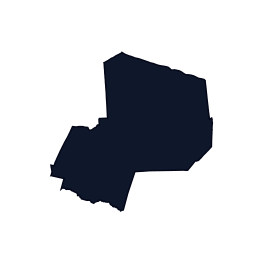 Slobozia Moara, Dâmbovita, Romania, rotated 150°
{"feature_id": "2599482B79511896653276", "entity_name": "Slobozia Moara", "entity_type": "district", "adm_level": 2, "iso_a3": "ROU", "parent_name": "Romania", "parent_adm1": "Dâmbovita", "projection": "albers", "projection_center": [25.731, 44.595], "detail": "fine", "context": "isolated", "style": "filled", "palette": "ink", "viewbox_px": 256, "rotation_deg": 150, "n_neighbors": 0, "source": "geoboundaries", "source_scale": "gbopen_adm2", "svg_char_len": 4950}
<svg xmlns="http://www.w3.org/2000/svg" viewBox="0 0 256 256"><g transform="rotate(150 128 128)"><path d="M95.5,196.5L95.7,196.4L96.2,196.2L97.2,196.2L99.2,196.3L102.3,196.5L106.0,196.3L107.2,196.6L108.2,196.6L109.3,196.5L110.7,196.4L111.3,196.3L112.8,196.4L115.6,196.4L116.2,196.5L116.3,196.1L116.3,195.9L118.2,192.1L118.3,191.9L118.8,190.8L119.0,190.3L120.7,187.0L122.0,184.2L122.2,183.8L122.3,183.7L122.5,183.4L122.9,182.3L123.9,180.3L125.1,178.0L125.3,177.5L125.8,176.4L125.9,176.2L127.0,174.0L127.1,173.8L127.2,173.6L128.1,171.7L128.5,170.8L128.9,170.0L129.9,168.0L130.5,166.9L131.2,165.6L131.8,164.4L132.2,163.6L132.3,163.4L132.4,163.2L133.2,161.5L133.8,160.4L134.6,158.7L135.5,157.0L136.0,156.0L136.1,155.9L136.8,154.5L137.4,153.3L137.8,152.5L138.1,152.0L138.1,151.8L138.9,150.4L139.4,149.5L139.7,148.9L139.8,148.7L139.9,148.4L140.0,148.2L140.6,146.6L148.1,150.5L148.4,150.2L148.8,150.0L150.8,146.0L150.8,145.9L150.9,145.7L151.1,145.3L151.2,145.2L151.3,145.0L151.6,145.1L151.9,145.3L152.4,145.6L153.0,145.8L153.3,145.7L153.7,145.5L154.3,145.1L154.6,144.9L155.0,144.7L155.3,144.6L155.5,144.5L156.0,144.7L156.4,144.8L156.8,144.8L159.3,144.6L160.1,144.5L160.6,144.5L161.1,144.6L161.4,144.8L161.9,145.0L162.4,145.4L162.5,145.5L162.8,146.0L162.8,146.7L162.7,147.4L162.6,147.9L162.6,148.3L162.6,148.6L163.2,149.0L164.3,149.8L165.4,150.6L165.7,151.0L166.4,151.7L166.7,151.9L167.1,152.2L168.4,152.9L169.2,153.4L169.9,153.8L170.4,154.0L171.2,154.3L172.1,154.6L172.7,155.0L173.2,155.4L173.7,155.7L175.0,156.7L175.3,156.9L176.1,156.4L176.7,155.9L179.2,154.1L181.0,152.8L181.7,152.4L183.1,151.4L184.8,150.3L186.8,149.1L190.0,147.2L192.7,145.4L194.9,144.0L195.3,143.7L196.3,143.0L198.2,141.8L202.1,139.0L204.7,137.2L206.5,135.8L208.2,134.7L208.7,134.2L209.5,133.5L210.3,132.8L211.0,132.2L213.2,134.2L213.3,134.3L213.9,132.8L215.5,128.3L215.7,128.0L217.6,126.0L218.5,125.3L218.3,125.2L217.9,124.8L217.8,124.7L208.6,116.2L216.3,108.6L215.4,108.8L214.7,108.8L214.3,108.8L214.1,108.4L213.4,107.8L213.0,107.5L212.7,107.4L212.6,106.9L212.5,106.3L212.0,105.7L211.6,105.4L211.2,105.4L210.8,105.4L210.7,105.1L210.5,104.9L210.1,104.6L209.3,104.1L208.7,103.8L208.5,103.4L208.4,103.0L208.2,102.2L208.0,101.9L207.5,101.3L206.7,100.1L205.6,98.5L205.1,97.9L204.6,96.6L204.5,96.3L204.7,96.0L205.3,95.0L205.4,94.7L205.1,94.4L204.6,94.4L204.4,94.3L204.2,94.2L204.0,93.9L203.9,93.8L203.8,93.5L203.8,93.0L204.0,92.5L204.1,92.3L204.0,92.0L203.9,91.8L203.6,91.4L203.6,91.1L203.5,90.7L203.7,90.3L203.7,90.0L203.6,89.8L203.3,89.6L202.5,88.8L201.5,87.7L199.9,86.1L199.5,85.8L198.5,85.3L197.5,84.7L197.1,84.2L196.8,83.3L196.8,82.7L196.9,82.0L196.7,81.8L196.1,81.3L195.8,80.6L195.5,80.1L195.1,80.0L194.4,80.2L193.4,80.3L193.0,80.3L191.8,80.0L189.9,79.4L189.1,79.8L188.8,79.9L188.4,79.6L187.9,79.3L187.7,79.0L187.3,78.3L187.2,77.7L186.6,77.4L186.3,77.3L186.1,77.2L186.1,76.8L186.1,76.6L185.7,76.4L185.2,76.4L184.9,76.3L184.7,76.0L184.8,75.8L184.7,75.5L183.7,74.7L182.9,74.1L181.5,73.6L181.4,73.3L181.4,72.8L181.3,72.4L181.0,72.1L181.0,71.7L181.3,71.3L181.4,71.1L181.2,70.5L181.1,69.9L180.9,69.4L180.5,69.0L180.2,68.8L180.1,68.6L180.0,68.4L180.3,68.0L180.3,67.6L180.1,67.3L180.0,67.1L179.7,67.0L179.2,67.0L178.9,66.8L178.8,66.4L178.5,65.8L178.2,65.5L178.0,65.0L177.8,64.8L177.5,64.6L177.2,64.4L177.0,64.2L176.9,63.9L177.0,63.6L177.1,63.0L177.0,62.4L176.8,62.0L176.5,61.6L176.2,61.4L175.9,61.3L175.7,61.1L175.6,60.8L175.9,60.2L175.8,59.8L175.6,59.8L175.2,59.9L174.7,60.0L174.2,59.8L173.4,59.5L173.1,59.4L160.9,71.6L143.8,86.8L136.5,83.1L130.5,80.2L112.0,69.9L102.4,64.6L101.4,64.1L99.3,62.7L97.9,61.8L97.4,61.6L96.0,62.2L91.9,63.7L90.3,64.3L88.5,65.0L87.3,65.5L86.5,65.8L86.2,65.9L86.0,66.0L85.8,65.9L85.5,65.4L85.3,65.2L84.0,65.0L83.3,64.8L82.8,64.8L82.5,65.0L81.9,65.2L81.4,65.3L80.3,65.5L78.4,66.2L76.5,66.8L75.6,67.1L73.5,67.6L72.2,68.0L71.6,68.2L70.8,68.4L70.5,68.5L70.3,68.5L70.0,68.6L69.7,68.7L69.5,68.8L69.3,68.8L69.0,68.9L68.7,69.0L67.8,69.3L66.0,69.9L65.1,70.1L65.0,70.4L64.2,71.6L63.8,72.3L63.3,73.1L62.6,74.3L61.9,75.5L60.9,77.0L59.5,79.3L58.3,81.1L57.2,82.9L57.1,83.1L56.6,83.8L55.9,84.7L55.8,85.1L55.5,85.8L55.2,86.2L54.5,87.3L53.8,88.3L53.4,88.9L53.3,89.1L52.6,89.9L52.3,90.5L52.2,90.8L51.8,91.9L51.7,92.2L51.2,92.9L51.0,93.2L50.9,93.6L50.7,94.2L50.6,94.8L52.6,94.8L52.9,94.8L52.8,95.1L52.7,95.3L52.7,95.6L52.6,96.1L52.2,97.0L52.1,97.3L51.0,99.9L50.2,101.9L49.4,103.7L48.8,105.1L48.0,106.8L47.2,108.7L45.6,112.4L43.5,117.1L42.6,119.1L40.4,124.0L39.8,125.4L39.1,127.0L38.7,128.0L37.8,129.9L37.5,130.5L37.9,131.9L39.1,133.2L40.5,134.4L42.0,135.6L43.3,137.5L45.0,140.1L46.9,142.1L49.3,144.0L50.7,144.8L51.8,145.9L52.7,147.6L53.6,149.6L54.3,150.7L55.0,151.8L57.1,153.7L58.8,155.2L60.2,155.7L61.2,156.3L61.7,157.0L62.0,158.1L62.8,160.3L64.0,161.7L66.0,163.4L69.0,165.8L70.9,167.6L73.9,171.2L76.3,173.4L77.0,174.4L83.5,181.9L84.6,183.1L85.4,183.7L87.0,185.2L88.0,186.5L90.0,188.9L90.7,189.5L93.7,193.2L95.5,196.5Z" fill="#0f172a" stroke="#020617" stroke-width="1.5"/></g></svg>